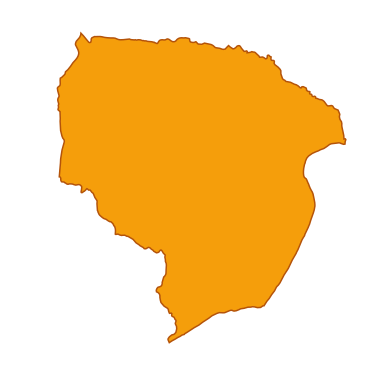 Mendefera, Debub, Eritrea (Natural Earth projection), rotated 7°
{"feature_id": "51966322B17465014138668", "entity_name": "Mendefera", "entity_type": "district", "adm_level": 2, "iso_a3": "ERI", "parent_name": "Eritrea", "parent_adm1": "Debub", "projection": "natural_earth1", "projection_center": [38.816, 14.861], "detail": "fine", "context": "isolated", "style": "filled", "palette": "amber", "viewbox_px": 384, "rotation_deg": 7, "n_neighbors": 0, "source": "geoboundaries", "source_scale": "gbopen_adm2", "svg_char_len": 5846}
<svg xmlns="http://www.w3.org/2000/svg" viewBox="0 0 384 384"><g transform="rotate(7 192 192)"><path d="M277.3,296.2L279.7,291.2L281.6,288.3L283.6,284.1L286.0,280.0L287.3,276.3L287.8,275.4L289.1,273.8L290.4,271.4L293.5,263.1L296.9,256.1L299.8,247.3L302.8,240.3L303.2,238.8L304.2,236.2L307.0,226.1L308.2,223.3L309.0,221.7L309.2,220.3L311.7,212.8L312.2,210.8L312.5,210.1L313.3,205.5L315.0,197.8L315.5,194.8L315.7,191.0L315.5,189.5L315.1,187.5L313.8,183.4L312.4,179.3L311.4,177.4L310.3,176.0L308.8,173.8L307.4,171.3L306.8,170.0L306.0,168.8L304.3,165.8L303.6,164.9L302.6,164.4L301.6,163.6L300.9,162.2L300.4,160.2L300.1,157.9L300.0,155.0L300.3,150.9L300.7,149.5L300.9,147.4L301.5,145.3L301.9,144.2L303.3,142.1L306.6,139.1L310.0,137.0L312.5,135.7L314.3,134.4L317.5,132.8L320.1,130.6L322.8,128.0L324.5,127.1L331.8,125.3L332.9,125.3L333.7,125.6L336.6,126.2L338.0,125.8L337.9,123.4L338.3,121.3L337.8,120.6L337.3,120.6L336.4,120.9L335.7,117.3L332.9,109.2L332.5,107.5L332.4,106.0L331.8,104.1L330.0,101.9L329.1,99.4L329.2,96.8L327.0,92.9L323.1,91.8L321.1,89.5L320.4,89.3L319.5,89.2L318.6,89.6L316.3,90.0L315.3,89.4L312.2,86.1L310.8,85.2L309.7,84.7L307.0,84.6L304.7,83.9L303.3,83.8L303.1,82.6L302.6,82.2L302.1,82.0L300.7,82.5L299.9,82.4L299.4,81.9L298.9,80.7L298.3,80.4L297.2,80.4L296.7,79.7L296.7,79.0L296.9,78.3L296.1,77.9L295.0,78.0L294.3,77.7L293.3,77.0L293.2,76.2L292.6,74.9L289.6,73.9L288.4,74.1L287.9,74.6L287.8,75.2L287.1,75.4L286.6,75.3L284.5,73.8L282.5,72.9L280.3,72.5L276.4,71.1L271.7,70.8L270.5,69.8L269.0,69.3L268.0,68.4L265.8,63.9L265.4,60.8L264.5,59.5L262.4,57.7L258.7,55.5L257.8,54.2L257.9,52.7L257.7,52.1L257.3,51.6L256.8,51.5L255.0,51.6L254.4,51.1L254.1,50.3L254.1,48.9L253.9,48.1L252.7,47.9L251.6,46.9L250.8,46.9L250.2,47.4L250.2,49.4L250.0,50.2L249.1,50.8L248.6,50.8L247.5,50.1L245.7,49.4L242.7,50.0L241.8,48.8L240.4,47.8L237.8,45.9L237.1,45.6L235.3,45.6L234.3,45.4L232.8,46.3L229.7,47.1L229.7,45.8L229.1,45.3L227.8,45.8L226.6,46.1L224.5,44.2L223.3,43.0L222.1,41.5L221.1,41.0L220.2,41.1L219.6,41.4L218.8,41.9L217.8,43.4L216.1,44.7L215.2,44.9L212.7,43.7L211.5,43.0L210.5,42.2L209.7,43.1L207.5,46.1L205.8,46.6L204.6,46.6L202.1,46.0L198.2,45.9L197.2,45.6L195.4,44.3L194.2,43.7L193.0,43.3L186.3,42.7L183.7,44.2L180.1,44.4L178.3,43.0L177.8,42.5L177.2,42.5L176.1,43.2L174.6,43.5L172.2,43.3L171.4,42.3L170.9,40.4L170.2,40.0L166.8,39.7L165.0,40.1L162.8,40.2L161.2,40.6L159.8,41.3L158.5,42.5L157.3,44.3L156.2,44.9L154.6,45.2L152.9,44.6L150.8,43.4L149.6,43.1L148.7,43.1L147.0,44.2L145.8,44.5L143.8,44.5L142.1,45.0L141.4,45.5L140.6,46.6L139.9,48.3L139.3,48.9L138.2,48.7L137.0,48.3L136.2,48.3L136.0,47.9L134.8,48.0L134.2,47.8L132.9,47.8L129.4,47.9L128.0,47.6L126.3,47.8L125.2,47.6L124.5,47.8L122.3,47.3L120.1,47.4L118.4,48.0L117.0,47.8L116.5,48.1L112.7,48.2L111.3,47.8L105.2,49.2L102.1,49.7L100.2,49.6L96.9,48.7L95.2,48.7L92.7,49.0L89.3,49.2L86.4,49.2L83.6,48.9L81.6,48.9L76.8,49.6L76.3,49.6L73.9,51.1L73.4,52.1L73.3,52.5L73.5,54.1L73.2,55.7L72.3,56.2L71.3,56.0L65.2,50.2L62.4,47.9L62.4,49.7L61.8,51.7L61.4,52.6L58.8,56.5L58.5,57.5L58.3,58.8L58.3,59.5L58.5,60.2L61.5,64.7L62.3,66.5L62.6,67.4L62.7,68.8L62.4,70.8L61.5,73.1L60.3,75.1L58.1,78.2L56.1,82.1L53.9,85.7L51.8,88.1L51.6,90.3L51.0,91.3L48.7,94.1L47.4,95.1L47.5,97.1L48.1,100.9L47.9,102.5L46.3,104.1L45.7,105.3L46.4,107.9L48.4,112.8L48.3,113.6L47.7,115.2L47.5,116.2L47.7,117.7L49.0,120.9L48.7,122.5L49.2,124.0L49.0,125.7L49.0,126.7L51.2,128.3L52.3,135.1L52.5,137.9L54.1,147.0L56.1,152.3L57.2,154.3L58.4,155.5L58.8,156.1L59.1,157.3L59.1,158.1L57.9,166.1L57.6,175.1L57.9,179.1L58.4,193.1L59.1,193.1L59.7,193.7L60.1,194.6L60.3,196.2L61.1,197.6L61.5,197.8L63.6,197.7L64.1,197.9L64.5,198.3L65.3,198.4L66.0,198.9L67.1,199.4L68.1,199.4L69.7,198.8L71.3,198.7L72.6,198.7L74.0,199.1L75.8,199.3L78.3,198.5L79.0,198.4L79.8,198.5L80.8,199.1L81.8,200.0L82.0,201.0L82.0,203.2L82.1,204.0L81.8,204.6L82.0,205.2L82.0,205.8L82.3,206.1L83.3,205.9L84.4,204.7L85.0,204.4L86.2,203.0L86.9,201.9L87.3,201.5L88.0,201.8L89.1,202.7L90.6,202.5L91.1,202.9L92.5,204.4L94.1,205.4L96.3,209.3L98.8,212.2L99.0,213.2L99.1,215.2L100.4,221.9L101.0,222.7L101.2,223.5L102.6,225.7L103.4,226.4L105.4,227.8L107.3,228.9L108.1,229.2L109.8,229.5L112.5,230.9L114.1,231.5L115.1,231.4L117.3,233.0L118.6,235.0L119.5,235.8L120.4,237.9L120.8,239.9L121.0,243.2L121.5,243.4L122.0,243.3L122.6,243.0L123.4,242.9L124.0,242.9L125.7,243.5L127.5,243.7L128.4,243.4L130.6,243.1L132.8,243.9L133.8,243.8L139.3,246.2L142.7,249.3L145.8,250.8L146.9,251.6L150.5,253.1L151.5,254.1L153.0,254.0L153.9,253.5L154.7,252.7L155.8,252.2L157.4,252.7L158.4,253.6L160.3,254.5L161.3,255.5L164.1,256.7L165.4,256.3L166.4,255.7L167.5,253.8L167.8,253.5L168.8,253.5L169.9,254.7L171.0,256.2L173.0,257.8L173.1,258.4L173.0,259.9L173.8,262.3L174.1,264.2L175.1,266.0L175.5,267.8L175.8,272.4L176.1,276.0L175.9,277.3L174.9,279.3L174.3,279.8L173.4,285.4L173.6,286.3L173.4,288.0L173.0,288.8L172.6,289.3L171.4,290.1L170.7,290.3L169.6,290.9L168.9,292.2L168.5,293.8L168.9,295.4L170.7,296.0L172.0,297.1L172.8,298.8L173.0,300.6L173.8,303.3L174.7,305.5L178.2,308.7L182.0,310.5L182.8,311.5L183.2,312.9L184.2,314.9L184.7,315.2L186.0,314.7L186.8,315.2L186.8,316.7L187.1,317.5L187.6,317.9L189.0,318.3L189.7,318.8L190.6,320.4L191.7,321.3L191.8,321.8L191.8,322.6L191.4,324.3L191.6,325.0L193.0,327.2L193.5,329.7L193.1,333.3L191.9,335.1L191.0,335.7L189.4,336.3L187.3,338.4L186.3,340.2L186.1,341.0L186.4,341.9L187.8,344.3L190.5,342.0L193.2,340.1L195.8,338.0L197.7,336.8L199.7,335.1L201.7,334.3L202.2,333.4L203.6,332.4L210.7,326.4L215.1,323.2L218.5,319.9L224.2,315.1L226.3,313.0L227.2,312.2L231.6,309.4L233.8,308.4L237.8,308.1L239.2,307.8L244.1,305.0L245.2,304.6L246.3,304.6L247.5,305.0L248.5,305.0L250.3,304.5L252.9,303.1L254.5,302.0L257.8,301.1L261.6,299.5L264.4,299.1L265.9,298.5L268.0,298.4L271.0,298.8L274.2,298.2L276.3,296.3L277.3,296.2Z" fill="#f59e0b" stroke="#b45309" stroke-width="1.5"/></g></svg>